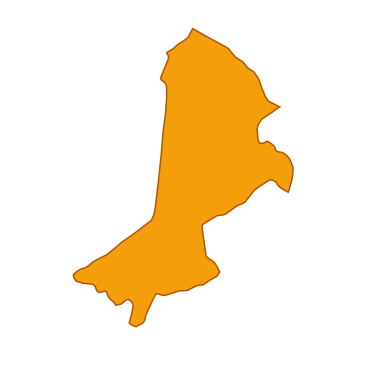 the district of Sèbè-Brikolo, Haut-Ogooué, Gabon, rotated 27°
{"feature_id": "22940354B60180935649619", "entity_name": "Sèbè-Brikolo", "entity_type": "district", "adm_level": 2, "iso_a3": "GAB", "parent_name": "Gabon", "parent_adm1": "Haut-Ogooué", "projection": "equal_earth", "projection_center": [13.691, -0.557], "detail": "fine", "context": "isolated", "style": "filled", "palette": "amber", "viewbox_px": 384, "rotation_deg": 27, "n_neighbors": 0, "source": "geoboundaries", "source_scale": "gbopen_adm2", "svg_char_len": 3040}
<svg xmlns="http://www.w3.org/2000/svg" viewBox="0 0 384 384"><g transform="rotate(27 192 192)"><path d="M118.4,46.1L118.4,51.1L118.4,55.3L117.7,57.7L116.2,60.5L114.3,63.9L112.5,66.8L111.3,69.6L110.6,72.0L108.9,75.1L107.2,77.5L106.2,79.0L106.9,80.1L108.4,80.8L109.3,81.7L110.5,84.1L110.9,88.6L111.3,93.4L111.8,100.4L112.5,105.2L113.8,106.0L115.6,106.4L117.2,106.6L118.9,107.4L120.7,108.5L122.0,110.7L123.3,113.1L126.6,119.5L132.5,133.4L139.7,153.4L147.8,173.1L156.7,196.3L166.1,221.8L168.1,228.2L168.6,232.9L168.5,236.4L166.7,239.7L163.7,246.2L157.7,258.4L152.9,267.2L151.2,271.0L149.4,275.7L147.2,280.4L145.5,284.5L144.1,287.3L142.2,289.7L137.2,296.6L135.2,299.9L134.1,302.9L132.8,305.6L130.8,308.7L129.0,309.8L126.7,313.0L125.2,315.9L124.0,319.0L123.9,319.2L124.5,320.9L125.6,321.8L126.9,322.8L128.2,323.5L129.4,324.0L131.1,323.8L132.6,323.3L134.6,323.1L136.0,323.1L137.7,322.1L139.8,321.4L142.4,320.4L145.1,319.4L147.4,319.4L149.3,320.4L150.5,322.0L152.6,323.5L154.2,323.6L155.9,323.3L156.7,322.4L157.6,321.3L159.5,319.9L160.9,319.6L162.3,320.8L163.7,322.4L165.0,323.3L166.9,324.3L168.8,324.9L172.1,325.6L174.3,326.6L175.5,327.6L176.4,326.6L178.0,325.5L180.1,323.5L181.1,321.0L182.4,318.1L183.5,316.9L185.3,316.7L187.6,317.1L189.7,318.3L191.2,319.9L191.9,322.4L193.0,325.8L193.9,329.9L194.5,332.6L194.9,334.6L195.5,337.2L197.3,337.9L201.3,337.8L203.3,337.4L205.1,334.6L206.8,332.4L207.8,330.5L208.1,328.2L207.7,325.9L206.9,323.0L206.8,320.6L206.4,315.6L206.3,310.8L206.1,305.8L206.1,299.0L208.4,298.0L212.2,297.6L214.9,296.3L218.6,292.7L221.6,289.8L225.5,285.8L228.1,284.4L232.6,281.9L234.7,278.8L238.9,273.1L242.5,270.7L244.3,269.5L245.2,267.6L246.9,264.3L250.8,258.0L252.2,256.7L252.9,253.5L253.0,250.7L251.1,249.4L248.9,247.6L246.0,245.8L243.5,244.5L240.9,244.0L236.4,243.7L233.4,242.4L218.2,220.6L216.6,218.0L216.2,216.3L217.9,213.2L224.8,202.1L227.2,200.1L229.1,199.1L231.8,196.7L238.0,184.5L239.8,182.0L241.7,180.3L243.7,177.4L245.0,170.8L245.8,166.4L246.9,161.8L248.8,158.1L251.9,152.4L254.6,147.8L256.3,145.5L258.8,144.8L262.7,145.1L264.7,146.7L267.8,147.7L270.6,148.3L277.8,148.5L277.6,146.4L277.0,143.8L276.3,139.7L275.8,137.4L275.0,134.3L273.6,130.2L272.0,126.5L270.6,124.1L267.7,121.3L264.5,118.6L261.3,117.1L258.6,116.2L256.4,115.8L254.4,115.8L252.6,116.4L250.5,117.1L248.7,117.1L247.4,116.6L246.5,115.6L245.6,114.6L243.6,113.6L241.7,113.1L239.2,112.7L236.5,112.5L235.0,113.6L234.5,114.8L233.1,116.3L231.8,117.3L230.1,117.5L228.5,116.7L227.2,115.5L226.1,114.0L224.2,110.8L222.7,108.4L221.4,106.2L220.9,104.5L220.6,102.4L220.6,99.4L220.8,96.8L221.5,94.8L222.8,92.3L224.2,89.9L225.9,86.6L227.4,84.2L228.8,81.1L230.6,78.1L231.3,76.5L231.5,76.3L224.1,76.4L218.1,76.3L216.9,75.1L214.1,73.8L212.7,72.6L210.6,70.7L208.0,68.4L205.8,66.5L201.7,62.4L198.7,60.2L195.7,58.6L194.3,57.8L192.5,56.8L189.8,56.7L187.8,56.5L185.5,56.1L182.5,54.9L180.5,53.9L178.3,53.0L172.4,52.5L168.9,51.9L166.3,50.8L162.6,49.2L160.5,48.0L158.5,47.5L143.8,47.1L132.4,46.8L120.4,46.2L118.4,46.1Z" fill="#f59e0b" stroke="#b45309" stroke-width="1.5"/></g></svg>